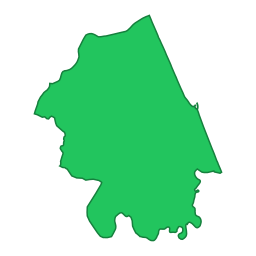 outline of Sai Buri, Pattani, Thailand
{"feature_id": "78962969B50948303321552", "entity_name": "Sai Buri", "entity_type": "district", "adm_level": 2, "iso_a3": "THA", "parent_name": "Thailand", "parent_adm1": "Pattani", "projection": "equal_earth", "projection_center": [101.61, 6.703], "detail": "fine", "context": "isolated", "style": "filled", "palette": "green", "viewbox_px": 256, "rotation_deg": 0, "n_neighbors": 0, "source": "geoboundaries", "source_scale": "gbopen_adm2", "svg_char_len": 5880}
<svg xmlns="http://www.w3.org/2000/svg" viewBox="0 0 256 256"><path d="M187.4,224.1L187.7,223.4L187.8,223.2L188.2,222.9L188.8,222.4L189.1,222.2L189.4,222.2L190.1,222.3L190.7,222.7L191.5,223.1L192.3,223.7L193.4,224.8L195.0,226.5L195.6,227.1L196.3,227.5L196.9,227.7L197.4,227.7L197.8,227.6L198.3,227.3L199.3,226.6L199.7,226.2L200.1,225.6L200.3,224.9L200.6,224.1L201.0,222.5L201.1,221.5L201.0,220.9L201.0,220.4L200.8,219.7L200.6,219.1L200.4,218.7L200.0,218.0L199.5,217.4L198.8,216.8L197.1,216.1L196.3,215.6L195.8,215.1L195.5,214.7L195.3,214.1L195.1,212.3L195.0,211.6L195.1,210.5L195.0,209.3L195.0,208.8L194.9,208.5L194.7,208.1L194.5,207.9L194.0,207.4L193.3,206.9L192.9,206.5L192.6,206.0L192.5,205.8L192.4,205.4L192.4,205.1L192.4,204.8L193.3,202.9L193.5,202.1L193.9,200.0L194.7,197.2L194.8,196.8L194.9,195.6L195.0,194.7L195.2,193.8L195.5,193.2L195.8,192.7L196.1,192.3L196.6,192.2L197.8,192.0L198.1,191.9L198.3,191.8L198.6,191.6L198.8,191.2L198.7,190.8L198.6,190.5L198.2,190.2L197.8,190.1L197.5,190.1L197.3,190.2L196.6,190.8L196.0,191.2L195.9,191.2L195.5,191.1L195.0,190.8L194.8,190.5L194.6,189.6L194.6,189.4L194.7,189.2L195.7,188.5L195.9,188.2L197.5,185.9L199.1,183.9L199.9,182.7L200.2,181.9L200.3,181.4L200.2,180.9L200.1,180.6L200.0,180.4L199.7,180.1L199.2,179.8L197.9,179.1L197.3,178.7L196.9,178.3L196.2,177.5L195.5,176.5L195.2,176.0L195.0,175.4L194.7,174.6L194.6,174.1L194.6,173.5L194.6,172.9L194.6,172.4L194.9,171.7L195.1,171.3L195.8,170.4L197.3,169.0L201.9,172.1L204.0,172.5L207.5,172.5L213.9,171.0L214.3,171.9L220.1,173.2L221.6,172.2L220.1,168.5L218.2,164.1L217.6,162.4L216.7,160.6L215.7,157.9L215.4,157.1L214.4,154.4L213.0,150.9L212.7,150.2L212.1,148.8L203.5,126.8L199.2,115.1L198.5,112.8L197.9,111.1L197.4,110.1L197.4,109.7L197.8,107.9L197.9,106.9L197.8,105.6L197.5,104.2L197.3,103.7L197.1,103.3L196.9,103.6L197.1,104.0L197.4,105.0L197.6,106.9L197.5,107.8L197.3,109.0L197.2,109.4L195.5,108.3L195.4,108.0L195.3,107.7L195.0,107.2L194.9,107.0L194.8,106.8L194.8,106.6L195.4,105.5L195.3,105.2L195.1,105.2L194.3,106.7L194.1,106.8L193.4,106.4L193.2,106.3L192.8,106.5L192.5,106.5L192.1,106.2L191.7,105.8L191.3,105.6L190.4,104.5L189.5,103.6L188.6,102.1L187.2,100.1L185.8,98.4L184.9,97.3L184.3,96.2L182.6,92.1L182.0,91.0L181.9,90.6L180.8,88.3L177.3,80.3L176.6,78.5L176.0,77.0L175.4,75.8L173.7,71.9L172.3,68.6L171.5,66.7L170.8,64.8L170.0,62.9L166.4,54.9L164.9,51.2L163.2,47.4L161.1,42.9L159.9,40.1L158.5,37.5L157.9,35.6L156.2,31.6L153.8,26.1L152.0,22.0L151.2,19.9L149.3,15.4L148.2,15.9L146.2,16.6L142.8,18.2L141.0,19.3L135.3,22.9L133.3,24.5L131.6,26.3L130.4,27.7L127.4,30.5L125.7,31.4L120.0,32.7L114.2,34.1L112.0,34.6L106.1,36.0L103.9,36.2L101.7,36.6L100.0,36.8L98.3,36.8L95.1,34.9L93.3,34.1L91.6,33.6L89.4,33.7L87.7,34.2L85.9,35.1L84.4,37.5L83.3,39.4L78.5,49.0L78.4,51.7L78.8,54.2L79.0,56.9L78.2,59.3L77.2,61.7L76.1,63.5L74.8,65.1L73.1,66.9L71.5,68.4L69.8,69.5L68.1,70.1L66.4,70.6L64.6,70.8L63.8,71.2L63.0,71.5L61.9,73.0L61.1,75.5L60.5,77.9L59.5,80.2L57.8,81.4L56.2,82.1L52.6,83.7L49.8,83.4L49.6,86.3L48.7,88.1L47.2,90.0L45.6,91.2L43.9,92.6L42.1,95.1L40.5,97.1L38.1,101.7L37.6,104.2L35.3,110.7L34.4,113.8L37.3,114.7L39.9,116.0L42.3,117.2L44.7,116.8L46.9,118.7L48.6,118.9L49.9,117.2L51.5,116.2L53.1,116.9L54.6,117.9L55.1,120.5L55.7,123.1L56.7,125.7L61.1,129.6L62.8,131.1L64.4,132.2L65.1,133.8L65.2,135.6L64.9,136.3L64.1,136.9L63.7,138.5L63.7,139.4L64.2,140.4L64.2,141.2L63.8,141.7L63.6,142.8L63.6,144.3L63.5,144.9L62.9,145.7L61.2,146.0L60.7,146.7L60.4,147.7L60.3,148.6L61.9,151.2L62.7,152.1L63.0,152.9L63.0,153.7L62.9,154.1L62.0,156.7L60.6,161.4L60.6,161.6L60.8,162.8L60.6,164.8L60.2,165.7L59.8,166.0L62.5,167.4L65.1,167.7L66.4,168.8L67.2,169.0L71.8,175.9L76.7,177.9L82.3,178.2L85.8,180.1L89.6,179.5L93.3,179.2L99.1,180.5L101.1,181.9L101.7,182.4L101.0,184.6L95.8,193.4L87.3,206.9L87.1,212.2L87.3,216.0L89.6,221.1L93.6,227.1L97.5,232.8L100.3,236.2L103.1,237.5L107.3,237.6L111.5,236.6L113.4,233.2L115.2,229.6L115.5,228.9L115.7,228.1L115.8,226.8L115.8,226.2L115.7,225.4L115.4,224.0L114.8,221.7L114.7,220.8L114.7,220.5L114.9,218.6L115.1,217.9L115.4,217.0L115.6,216.6L115.8,216.3L117.4,214.9L118.3,214.1L119.6,213.2L120.0,213.0L120.8,212.8L121.3,212.7L121.7,212.8L122.4,213.2L123.3,214.0L125.1,215.8L125.8,216.3L126.4,216.5L126.9,216.5L127.4,216.4L128.1,216.0L128.8,215.5L131.0,217.3L132.2,220.7L132.6,226.1L133.7,228.7L134.1,229.6L135.0,231.3L135.7,232.7L136.0,233.1L137.0,233.8L137.7,234.4L139.4,235.9L140.1,236.6L140.5,236.5L141.7,236.9L142.9,237.2L145.3,237.4L146.1,237.5L146.4,237.7L146.9,237.9L147.5,238.3L149.0,239.4L150.0,240.0L150.8,240.4L151.2,240.5L152.5,240.6L153.3,240.6L153.8,240.5L154.2,240.3L154.8,239.8L155.3,239.3L155.9,238.5L156.5,237.6L157.0,236.3L158.2,234.0L158.4,233.5L158.5,232.7L158.7,231.0L158.9,230.3L159.3,229.8L159.7,229.3L160.1,229.1L160.7,229.0L162.0,229.1L163.7,229.1L164.3,229.1L165.1,228.7L166.4,227.7L166.9,227.3L167.3,227.1L167.9,227.0L168.4,227.0L168.9,227.2L169.2,227.4L169.4,227.7L169.7,228.2L169.7,228.5L169.7,229.3L169.5,230.7L169.6,231.2L169.6,231.6L169.7,231.9L170.0,232.2L170.5,232.4L170.8,232.4L172.7,232.2L173.5,232.2L174.9,232.4L175.3,232.4L175.6,232.3L176.4,231.8L176.7,231.5L176.9,231.3L177.0,231.0L177.0,230.7L176.8,230.0L176.8,229.9L177.0,229.5L177.6,228.6L178.3,227.2L178.6,226.8L178.8,226.6L179.2,226.6L180.2,226.6L180.9,226.8L181.5,227.1L181.8,227.2L182.1,227.5L182.3,227.7L182.7,228.6L182.8,229.0L182.8,229.6L182.8,230.5L182.8,230.8L182.6,231.3L182.3,232.1L182.0,232.4L181.8,232.6L180.9,233.2L179.6,233.7L179.2,234.0L178.8,234.4L178.6,234.8L178.4,235.1L178.4,235.4L178.3,235.8L178.5,236.5L178.9,237.4L179.1,237.9L179.3,238.1L179.8,238.3L180.6,239.0L181.0,239.1L182.1,239.3L182.7,239.2L184.3,238.1L185.3,237.1L186.0,236.2L186.1,235.8L186.4,235.1L186.5,234.4L186.6,233.9L186.5,232.4L186.4,230.9L185.8,226.9L185.8,225.5L185.9,225.1L186.1,224.7L186.3,224.3L187.1,223.8L187.4,224.1Z" fill="#22c55e" stroke="#15803d" stroke-width="1.5"/></svg>